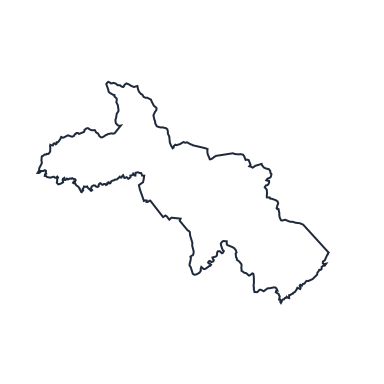 outline of Goiatuba, Goiás, Brazil, rotated 24°
{"feature_id": "56859067B21537019746622", "entity_name": "Goiatuba", "entity_type": "district", "adm_level": 2, "iso_a3": "BRA", "parent_name": "Brazil", "parent_adm1": "Goiás", "projection": "robinson", "projection_center": [-49.724, -17.991], "detail": "fine", "context": "isolated", "style": "outline", "palette": "slate", "viewbox_px": 384, "rotation_deg": 24, "n_neighbors": 0, "source": "geoboundaries", "source_scale": "gbopen_adm2", "svg_char_len": 5997}
<svg xmlns="http://www.w3.org/2000/svg" viewBox="0 0 384 384"><g transform="rotate(24 192 192)"><path d="M228.0,266.6L229.7,265.3L231.6,262.8L232.1,260.4L231.2,258.7L231.0,256.7L233.8,257.6L234.7,257.4L235.6,256.6L238.0,252.5L238.7,252.0L239.0,250.7L237.3,250.2L236.3,250.4L235.4,249.9L235.5,248.6L236.3,247.7L238.4,248.0L239.7,246.7L239.6,245.3L238.1,244.5L237.3,243.5L239.7,241.6L240.4,240.6L240.5,239.4L239.6,237.1L239.7,235.7L241.4,234.8L244.3,235.8L245.0,234.8L245.1,233.0L243.6,232.5L242.6,231.5L240.4,229.1L239.3,227.4L239.8,225.0L240.5,224.1L243.8,222.9L245.0,225.6L245.8,226.1L251.0,225.9L253.3,226.1L255.8,227.4L257.3,229.2L256.9,230.5L258.9,233.8L259.9,234.3L260.6,235.7L263.5,236.3L266.6,237.9L267.4,239.5L267.8,241.1L268.6,242.2L269.2,243.8L272.8,244.5L274.6,244.1L278.1,245.2L279.0,244.2L280.2,241.8L281.3,241.8L282.9,244.2L285.6,250.0L286.0,251.6L286.8,253.4L287.6,254.3L287.9,255.5L289.8,258.0L292.4,256.9L293.5,253.8L294.8,253.3L297.9,253.5L300.2,249.3L302.0,248.4L305.5,245.9L307.0,245.3L308.4,245.8L310.2,247.4L309.1,248.0L309.3,249.5L312.5,249.9L313.5,250.9L314.6,251.7L315.3,254.8L316.3,254.4L317.0,255.5L317.4,256.6L318.4,257.2L318.5,255.9L318.3,254.8L318.6,253.3L319.7,252.7L319.9,251.2L320.9,250.5L321.0,249.2L322.4,249.6L323.9,249.4L322.7,246.8L323.8,246.0L324.5,244.7L325.6,243.8L325.5,242.8L326.6,241.7L327.2,238.9L327.2,236.7L330.3,236.6L330.2,235.3L328.5,233.9L328.7,232.7L330.5,232.9L330.7,230.8L332.0,230.0L332.5,227.3L333.1,226.4L334.4,226.1L337.6,222.5L339.9,216.6L339.4,214.7L339.9,212.8L339.9,211.3L341.2,210.8L341.7,209.7L340.9,207.7L342.0,205.7L343.2,205.4L343.7,202.9L342.3,204.0L340.5,203.9L339.9,202.3L341.1,200.3L341.1,194.7L341.5,193.7L341.1,192.8L341.5,191.8L306.8,176.6L303.1,176.7L299.0,178.0L296.4,178.2L293.8,179.2L292.4,179.4L288.5,179.4L286.0,181.4L284.7,181.6L282.5,179.6L281.0,177.4L280.4,175.8L277.9,172.4L276.8,172.9L275.8,172.3L275.9,171.1L275.5,170.2L275.4,167.4L274.0,165.8L271.7,165.4L267.9,165.7L266.1,166.2L265.2,165.4L262.6,166.5L261.8,165.0L261.2,162.9L259.3,159.4L256.5,158.1L256.8,156.0L258.2,154.9L258.6,153.9L258.6,151.9L257.9,150.5L256.3,151.0L255.1,151.1L255.5,149.2L257.4,147.2L257.8,146.1L257.6,144.8L257.3,143.3L255.9,142.7L255.0,141.1L253.1,139.9L249.5,140.5L247.7,140.4L245.1,139.1L244.2,138.0L239.3,142.2L237.5,145.1L235.6,144.9L233.9,145.2L234.4,143.3L230.8,139.8L229.0,140.1L227.9,140.9L225.1,138.1L223.5,137.2L221.1,137.6L219.0,138.8L215.6,139.9L213.6,140.0L199.3,149.2L198.0,151.0L196.9,153.2L195.7,154.5L194.9,154.9L193.8,153.6L192.0,152.1L190.6,150.6L189.5,148.7L188.7,146.4L185.7,146.7L173.7,149.0L172.7,148.8L171.2,149.0L167.3,148.6L165.9,149.7L163.8,149.9L161.6,153.1L158.7,155.6L157.5,155.6L156.7,157.4L157.1,158.8L156.6,159.9L154.1,158.2L151.7,155.9L148.6,150.5L146.8,149.0L146.0,148.1L145.3,146.5L143.9,144.7L142.4,144.3L138.9,144.9L137.3,145.7L136.1,146.0L133.1,146.3L130.3,144.0L129.6,142.5L128.1,141.1L125.6,137.7L125.6,134.1L126.1,131.5L125.5,129.9L124.4,129.3L122.2,128.8L118.2,125.6L117.0,124.3L112.8,124.1L111.1,124.8L109.2,124.8L106.9,123.2L105.5,123.2L102.9,122.0L101.0,120.2L99.0,117.4L96.2,119.7L93.1,119.8L91.0,119.4L87.9,119.5L87.1,120.9L86.7,122.1L86.8,123.1L86.5,124.0L85.6,124.3L84.1,124.2L82.8,123.8L80.5,124.7L78.5,124.0L76.0,124.2L74.8,125.2L73.7,125.7L72.2,125.4L70.7,125.4L69.9,127.3L69.8,128.3L73.8,132.5L75.1,134.3L76.2,134.8L80.5,135.3L81.7,134.9L82.3,136.3L84.9,137.1L85.8,138.3L86.4,140.8L88.8,142.7L91.6,147.1L91.9,148.3L91.4,151.0L92.6,155.5L92.6,156.9L93.6,159.0L94.6,160.2L96.9,161.2L98.6,161.2L99.9,160.3L97.4,169.9L95.9,170.9L94.6,171.2L91.7,173.2L91.0,174.3L90.2,174.9L88.8,177.3L87.8,178.5L86.7,179.1L84.7,178.6L82.2,176.7L81.2,176.8L80.0,176.5L78.1,175.0L75.3,176.4L72.9,176.4L71.3,176.0L70.4,176.3L69.7,176.9L68.5,179.0L68.9,179.9L69.0,180.9L65.2,184.9L63.7,184.5L62.3,185.3L62.1,186.4L61.4,187.0L61.4,188.7L60.0,190.3L55.6,190.7L52.9,194.1L52.0,194.9L50.1,194.9L50.2,196.9L49.6,200.1L49.1,201.3L48.2,201.6L48.6,203.0L48.1,203.9L46.7,203.4L45.8,204.2L46.0,206.0L44.5,206.5L43.4,206.5L43.8,208.2L44.5,209.1L46.0,212.8L45.5,215.3L44.9,216.0L44.0,216.1L43.2,217.3L42.1,217.7L41.5,219.1L40.3,220.6L41.6,224.4L42.8,226.0L43.1,227.1L42.8,232.1L43.0,233.2L43.6,234.4L43.2,237.4L44.5,236.8L45.4,235.6L45.3,234.3L47.7,233.3L48.7,231.9L50.0,232.1L50.4,233.5L51.4,234.6L50.5,235.6L51.0,237.2L52.3,236.8L53.1,237.2L54.0,237.2L56.8,236.5L59.4,234.3L61.1,234.7L62.0,234.1L62.7,232.7L63.8,233.3L63.4,234.7L64.5,237.2L64.7,238.5L66.7,239.4L68.4,238.1L70.3,235.6L68.8,233.4L68.8,232.3L69.4,231.4L69.8,232.4L70.7,232.8L71.6,232.4L71.7,230.9L72.6,230.6L73.6,231.0L75.1,229.2L76.2,229.1L76.9,228.1L77.8,228.3L80.1,227.9L80.9,228.5L80.9,229.8L79.7,230.4L79.6,232.0L80.7,232.1L81.6,231.4L82.8,232.6L84.1,233.1L86.3,233.5L87.1,234.2L88.0,234.5L88.5,235.5L89.7,235.7L90.4,236.9L91.3,237.0L91.9,234.6L90.9,233.6L91.3,232.1L91.1,230.9L93.1,230.4L93.9,229.6L94.6,230.3L99.4,232.0L100.0,230.9L98.3,230.0L98.1,228.7L98.4,227.3L99.4,226.0L100.8,225.5L102.3,226.1L103.7,225.8L104.4,224.7L103.9,223.8L103.9,222.5L104.5,221.3L105.4,221.3L106.2,221.8L107.4,221.8L108.3,220.5L109.6,220.0L110.6,220.6L111.4,219.6L111.0,217.9L111.9,217.0L112.8,217.8L113.9,217.2L113.8,215.3L114.7,214.0L115.9,213.1L116.6,212.0L117.4,211.6L118.4,210.9L119.8,207.4L120.6,207.9L121.7,207.5L121.8,205.8L122.2,204.7L124.6,206.7L125.5,206.0L126.1,205.1L127.2,205.2L128.4,205.9L129.3,204.7L129.8,203.4L129.0,202.1L130.1,201.3L130.7,200.5L130.8,199.2L132.6,200.3L133.6,200.0L132.6,197.4L134.6,196.0L136.7,195.9L137.9,195.4L139.8,197.3L141.7,196.5L142.7,200.1L143.3,203.0L140.7,207.3L143.3,210.8L151.7,219.7L152.6,218.7L154.0,218.2L154.5,219.6L155.5,219.1L157.1,216.9L157.9,217.1L175.8,226.7L177.3,224.3L179.0,224.6L182.5,226.5L183.7,223.8L192.4,221.0L192.5,223.3L203.6,228.8L205.4,229.0L206.3,229.5L207.9,232.4L212.9,238.2L214.1,241.1L217.7,245.6L218.5,248.0L218.5,249.3L217.5,250.5L216.9,251.9L217.8,252.6L218.6,255.6L219.1,258.9L219.6,260.1L221.4,261.2L226.0,266.4L228.0,266.6Z" fill="none" stroke="#1e293b" stroke-width="2"/></g></svg>